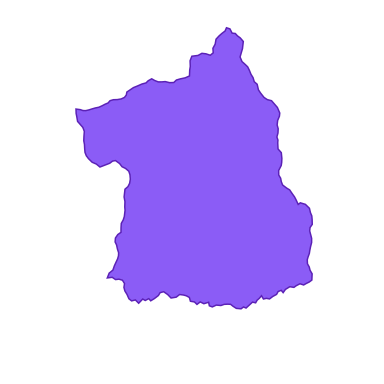 outline of Dracena, São Paulo, Brazil, rotated 334°
{"feature_id": "56859067B75593552832457", "entity_name": "Dracena", "entity_type": "district", "adm_level": 2, "iso_a3": "BRA", "parent_name": "Brazil", "parent_adm1": "São Paulo", "projection": "orthographic", "projection_center": [-51.588, -21.557], "detail": "fine", "context": "isolated", "style": "filled", "palette": "violet", "viewbox_px": 384, "rotation_deg": 334, "n_neighbors": 0, "source": "geoboundaries", "source_scale": "gbopen_adm2", "svg_char_len": 2938}
<svg xmlns="http://www.w3.org/2000/svg" viewBox="0 0 384 384"><g transform="rotate(334 192 192)"><path d="M297.6,62.0L295.0,59.5L292.3,61.8L288.3,62.6L284.7,63.6L280.6,65.2L277.6,69.3L273.8,72.0L272.1,76.2L268.4,77.1L265.1,73.9L261.7,71.7L257.3,71.9L251.4,69.9L247.8,73.2L245.5,78.4L243.4,81.4L240.6,86.6L235.9,86.4L231.1,85.2L227.1,84.5L223.6,85.6L219.8,83.9L216.3,81.0L213.4,79.9L210.0,78.3L207.4,75.5L205.4,72.6L201.4,72.8L198.5,73.8L194.4,73.0L189.5,72.8L185.1,72.5L180.9,73.1L177.3,73.6L175.4,76.1L172.7,77.4L169.1,77.3L165.4,76.2L161.8,74.6L158.4,74.0L155.5,75.2L152.4,75.0L149.2,75.1L145.5,75.0L142.0,74.1L138.6,73.5L135.2,73.0L132.2,72.3L129.7,71.0L127.7,69.0L124.1,66.6L122.3,70.6L121.4,74.0L120.1,78.4L122.2,86.1L121.8,90.3L119.3,94.6L117.2,98.5L116.2,102.1L114.5,106.1L113.2,109.5L112.9,113.1L113.6,116.7L115.3,121.5L118.3,125.0L120.2,129.2L130.7,130.1L134.1,129.4L137.0,130.2L139.4,134.7L140.2,138.6L142.6,141.7L144.3,145.6L143.8,149.3L142.2,153.4L139.8,156.8L136.8,159.1L133.0,160.1L128.8,166.7L127.5,171.3L125.0,176.0L123.8,179.1L120.4,184.4L117.9,187.0L114.7,189.2L112.5,193.1L110.5,197.1L106.7,197.7L103.0,199.8L101.0,203.2L101.0,206.5L100.0,210.5L99.4,214.5L97.9,217.2L95.8,219.5L93.3,221.5L89.9,224.3L86.7,227.5L82.0,228.6L78.2,232.1L82.9,233.7L84.9,237.2L88.1,238.3L90.8,240.8L91.2,244.7L89.0,247.9L88.3,251.5L88.7,255.7L88.5,260.3L90.0,263.4L93.8,264.2L95.3,268.6L100.8,266.6L102.4,269.0L106.4,268.9L107.2,271.7L111.5,271.3L116.4,270.3L119.2,268.5L122.8,269.2L125.2,273.5L126.7,278.1L131.7,279.6L135.9,278.7L139.1,280.8L141.4,282.8L143.4,285.6L142.7,289.5L146.0,291.9L147.2,295.2L151.2,294.4L153.7,297.6L158.6,298.4L157.7,301.9L159.9,304.2L164.3,304.3L168.2,306.7L171.7,307.1L175.0,308.5L177.5,309.9L178.8,312.7L180.8,316.0L184.9,318.5L187.9,317.9L189.7,320.0L193.4,318.9L198.1,317.5L200.6,319.5L203.1,317.8L205.8,317.1L209.0,315.7L209.3,319.5L212.3,320.2L214.8,322.1L218.8,321.3L223.1,321.1L225.8,319.2L229.1,319.5L229.8,322.4L233.3,320.5L238.4,320.0L241.8,322.4L244.6,321.9L248.8,321.8L251.6,324.5L254.5,324.3L257.9,324.3L261.1,323.7L264.1,318.2L263.8,314.1L264.5,310.8L264.3,307.1L265.9,303.4L267.8,301.3L270.5,298.7L272.3,296.1L274.6,293.1L277.4,289.8L279.2,286.1L279.9,282.7L280.7,278.6L282.5,275.7L285.9,273.8L287.9,269.4L289.2,266.0L289.4,262.5L290.4,258.1L288.5,252.8L284.6,249.2L282.0,249.7L282.1,244.7L282.0,241.3L281.3,237.2L280.7,232.9L278.8,230.0L276.5,225.4L276.8,221.8L277.7,218.5L277.4,214.8L279.3,210.7L283.8,207.3L285.6,204.7L287.5,201.2L289.5,195.8L288.2,191.0L290.6,185.4L292.0,183.0L292.4,179.8L295.1,176.7L297.2,172.9L297.9,169.1L300.3,165.3L303.8,162.2L305.5,159.5L305.8,153.4L303.5,144.8L300.2,142.0L298.2,138.6L297.0,133.1L296.5,129.3L297.8,123.7L296.3,120.2L297.0,116.0L296.6,112.0L296.9,107.9L296.9,103.9L295.7,100.6L294.1,96.7L294.4,91.7L297.1,88.7L300.2,85.3L304.1,79.2L302.9,74.6L301.3,71.6L300.4,68.5L297.7,66.8L297.6,62.0Z" fill="#8b5cf6" stroke="#5b21b6" stroke-width="1.5"/></g></svg>